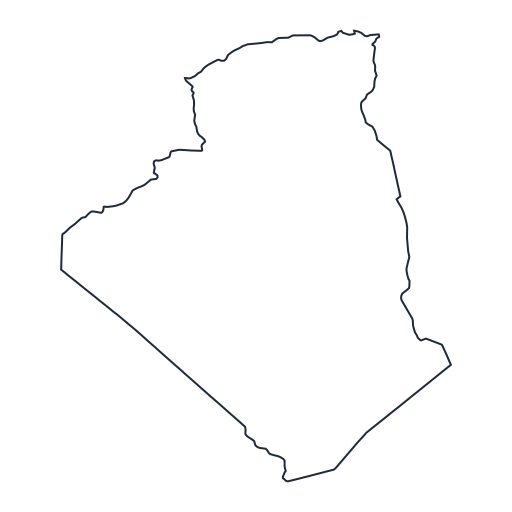 an SVG outline of Algeria
{"feature_id": "DZA", "entity_name": "Algeria", "entity_type": "country or territory", "adm_level": 0, "iso_a3": "DZA", "parent_name": "Africa", "parent_adm1": "", "projection": "equal_earth", "projection_center": [1.791, 28.04], "detail": "fine", "context": "isolated", "style": "outline", "palette": "slate", "viewbox_px": 512, "rotation_deg": 0, "n_neighbors": 0, "source": "natural_earth", "source_scale": "50m", "svg_char_len": 4568}
<svg xmlns="http://www.w3.org/2000/svg" viewBox="0 0 512 512"><path d="M378.7,34.4L379.1,35.6L379.2,36.8L377.5,37.9L376.4,38.6L375.2,41.6L372.8,43.7L372.4,44.3L372.4,44.8L374.1,45.8L374.7,46.7L375.0,47.9L374.4,52.1L374.0,55.4L373.5,59.7L373.5,61.3L374.2,63.3L374.9,64.8L375.2,66.5L375.0,70.8L375.9,73.3L376.6,75.6L375.2,78.4L374.6,80.9L374.3,84.6L374.2,86.8L373.3,88.9L372.1,90.9L370.7,92.1L369.0,93.2L367.0,94.6L365.5,98.4L362.0,101.5L361.3,102.5L361.0,105.1L361.2,108.5L361.9,111.3L363.7,115.4L365.3,119.9L365.7,122.2L366.3,123.0L368.4,124.5L372.1,126.5L372.8,127.3L374.7,130.5L376.5,136.0L377.1,139.8L380.5,142.7L383.7,145.4L386.7,147.8L389.9,150.4L390.4,151.2L391.6,156.8L392.9,162.3L394.2,168.3L395.5,174.4L397.1,181.6L398.0,185.7L399.1,190.6L400.4,196.5L398.6,197.7L396.6,199.3L398.2,202.3L401.2,207.2L403.0,211.1L403.7,212.8L405.2,217.7L406.4,222.5L406.7,224.0L407.2,227.7L407.0,237.8L408.1,250.7L409.3,257.1L407.8,263.0L406.5,268.5L406.6,271.3L407.5,275.7L408.4,278.9L409.5,280.6L409.4,286.1L409.0,288.1L405.8,290.9L402.3,293.5L401.3,295.8L401.1,298.2L401.6,300.3L404.2,304.7L408.1,311.4L412.4,318.8L412.8,320.7L413.1,325.9L415.0,332.5L416.9,335.4L417.7,337.6L419.1,339.1L420.4,340.2L421.2,340.4L425.9,338.6L433.9,341.6L441.6,344.6L442.2,345.2L443.9,349.0L446.8,355.3L448.9,360.3L450.9,364.8L441.2,372.6L431.5,380.4L421.8,388.2L412.1,396.0L402.4,403.9L392.6,411.7L382.9,419.5L373.0,427.4L366.5,432.6L362.4,437.2L357.2,442.9L352.3,448.7L348.4,453.2L343.4,459.1L340.9,462.0L335.3,468.5L333.6,469.7L326.1,471.6L319.3,473.4L312.9,475.0L308.6,476.2L304.4,477.2L298.3,478.8L293.9,479.9L289.2,481.0L288.5,481.2L287.6,481.3L287.0,481.2L285.7,480.6L284.1,479.0L283.0,478.3L282.8,477.0L283.4,475.4L284.1,474.0L284.4,472.9L284.9,472.0L285.6,471.3L285.6,470.3L285.1,468.7L284.6,466.4L284.6,462.4L284.6,461.0L284.6,460.5L283.2,458.9L280.5,457.2L278.1,456.2L277.0,455.9L274.3,455.3L270.5,454.2L269.2,453.4L266.8,449.7L265.6,448.7L260.1,448.0L258.2,447.4L256.7,446.5L255.4,445.3L254.7,443.2L254.4,441.6L253.9,440.8L247.8,436.7L246.2,435.3L245.4,434.0L245.4,432.1L245.6,429.8L245.3,427.7L245.0,426.7L242.2,424.2L236.0,418.7L229.7,413.2L223.5,407.7L217.3,402.2L211.0,396.8L204.8,391.3L198.6,385.8L192.4,380.3L186.2,374.9L180.1,369.4L173.9,364.0L167.7,358.5L161.6,353.1L155.5,347.6L149.3,342.2L143.2,336.7L138.1,332.2L132.4,327.3L128.1,323.8L124.0,320.3L119.5,316.5L116.5,314.1L113.0,311.4L109.6,308.6L106.1,305.8L102.6,303.0L99.1,300.2L95.7,297.4L92.2,294.6L88.7,291.8L85.3,289.1L81.8,286.3L78.4,283.5L74.9,280.7L71.5,278.0L68.0,275.2L64.6,272.4L61.1,269.6L61.3,264.5L61.4,260.4L61.6,254.3L61.8,249.0L62.0,243.7L62.1,240.1L62.2,236.3L62.4,234.6L62.8,233.9L64.7,232.7L67.7,229.9L68.9,228.6L70.3,227.4L75.4,223.6L76.5,222.5L81.4,218.2L82.5,217.6L85.1,217.2L86.2,216.3L87.7,214.6L89.9,212.6L91.3,211.7L91.7,211.5L92.6,211.4L97.0,212.0L98.8,212.4L101.1,212.8L101.8,212.5L102.4,211.9L103.2,210.5L103.5,208.9L103.6,207.5L103.7,206.8L104.1,206.6L105.1,206.7L106.4,206.9L109.0,206.8L109.9,206.6L112.9,206.3L117.2,205.4L120.6,204.1L123.3,203.2L126.2,200.7L128.4,198.0L130.7,194.1L132.5,190.6L136.1,188.5L139.0,187.2L140.7,186.7L144.5,184.9L147.8,182.2L150.9,179.6L153.2,179.3L156.1,178.9L156.8,178.4L157.5,177.5L157.6,175.9L156.7,174.8L155.7,174.2L155.0,173.5L154.2,173.4L153.8,172.6L154.1,171.2L154.2,169.9L154.7,168.6L154.6,166.8L153.9,164.9L153.7,163.6L153.8,162.3L154.2,161.3L155.3,160.6L156.5,160.3L158.3,160.7L161.3,160.2L169.1,157.1L169.7,156.1L170.2,153.9L170.8,152.0L171.6,151.3L172.1,151.2L174.6,150.7L178.3,149.9L179.7,149.8L183.7,150.0L186.6,150.2L191.3,150.5L194.6,150.6L197.5,150.7L201.2,150.8L202.1,150.4L202.1,149.0L201.5,146.4L201.9,144.8L203.3,143.3L205.1,141.6L204.3,139.5L202.9,138.2L201.0,136.5L199.9,135.9L198.2,133.9L197.1,131.6L196.4,126.9L195.1,124.2L194.2,120.9L195.1,114.9L193.9,111.3L193.7,109.7L193.7,107.9L194.1,104.7L193.9,100.2L192.5,95.6L193.2,94.1L193.6,93.2L193.5,92.5L192.1,91.1L191.5,89.9L191.8,88.7L192.6,87.1L192.5,86.4L190.3,84.4L186.5,81.2L185.5,79.7L185.0,78.0L188.6,78.4L190.5,78.2L194.9,76.1L198.3,73.2L201.0,71.7L203.4,68.6L205.6,66.6L208.7,64.5L217.5,59.9L218.9,59.8L221.8,60.9L224.3,60.6L226.1,59.0L228.0,55.1L230.9,52.7L234.5,50.4L239.5,48.1L242.7,46.1L247.8,44.3L260.7,43.1L267.3,42.1L271.8,42.3L276.3,39.1L278.6,38.0L288.3,37.7L292.9,35.4L310.5,35.3L312.6,36.2L314.7,37.4L318.4,40.5L320.1,41.2L322.5,40.6L327.8,37.6L333.8,36.1L337.1,34.4L338.4,31.8L341.3,30.9L342.9,32.8L349.2,34.8L353.1,34.2L354.8,33.6L354.1,30.7L358.2,31.5L361.3,32.9L364.7,35.7L366.8,36.3L370.7,35.0L378.7,34.4Z" fill="none" stroke="#1e293b" stroke-width="2"/></svg>